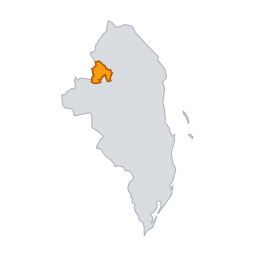 La Paz highlighted on a map of Honduras, rotated 86°
{"feature_id": "HND-649", "entity_name": "La Paz", "entity_type": "Department", "adm_level": 1, "iso_a3": "HND", "parent_name": "Honduras", "parent_adm1": "", "projection": "mercator", "projection_center": [-87.867, 14.132], "detail": "fine", "context": "in_parent", "style": "filled", "palette": "amber", "viewbox_px": 256, "rotation_deg": 86, "n_neighbors": 0, "source": "natural_earth", "source_scale": "10m", "svg_char_len": 4023}
<svg xmlns="http://www.w3.org/2000/svg" viewBox="0 0 256 256"><g transform="rotate(86 128 128)"><path d="M236.4,119.3L227.4,118.8L223.2,119.9L221.3,122.4L219.7,123.6L218.4,123.3L215.7,124.3L211.6,126.5L208.0,127.4L204.7,126.8L203.7,127.4L203.5,128.1L203.0,128.8L201.7,129.2L200.3,129.0L198.6,128.2L197.8,128.6L197.7,130.0L196.8,130.4L195.1,129.7L193.2,130.2L191.1,132.0L188.2,132.4L184.4,131.4L181.5,129.5L179.4,126.7L176.9,126.0L172.6,128.0L170.7,130.5L170.3,131.9L170.8,133.3L170.0,134.2L167.9,134.6L166.4,136.3L165.4,139.1L165.1,141.3L165.8,142.8L164.8,144.0L162.1,144.7L159.0,147.1L155.4,151.3L151.8,154.2L148.2,155.8L146.5,157.7L146.6,159.7L146.4,160.3L145.7,160.5L144.5,160.8L137.7,156.4L135.7,153.4L134.0,153.9L131.8,155.4L128.8,158.8L125.5,163.5L123.9,164.0L115.8,163.3L111.4,163.7L110.6,164.3L110.2,166.0L110.4,168.3L111.6,176.5L112.2,179.9L111.6,180.9L109.4,181.1L106.6,181.6L105.0,183.1L104.6,184.7L104.5,186.9L103.6,189.2L101.8,190.9L100.1,191.5L90.3,191.9L90.5,188.1L87.7,186.6L86.1,183.4L84.7,181.3L85.2,180.0L85.0,178.5L81.1,177.3L77.4,178.2L75.2,177.6L73.7,176.8L76.4,174.9L76.6,173.8L75.7,173.0L74.8,172.4L75.1,170.3L75.6,167.8L77.1,161.9L76.6,160.9L74.1,159.2L71.0,159.0L67.5,159.5L65.8,158.6L64.4,156.6L61.9,155.7L57.5,157.3L52.9,159.7L51.5,160.6L50.3,160.4L49.8,158.6L49.6,156.5L49.3,156.0L46.8,155.2L43.9,154.6L42.4,154.0L41.1,152.6L37.6,150.7L36.8,149.3L32.2,146.1L31.3,144.5L30.2,143.3L28.0,141.9L26.3,142.2L20.4,140.4L19.6,140.2L20.4,138.6L22.2,136.1L26.2,133.3L26.6,131.1L25.5,126.7L24.5,123.9L25.0,122.7L26.3,117.7L27.2,116.5L33.1,113.9L33.6,113.6L38.2,110.0L43.3,106.0L48.5,101.7L54.4,96.8L57.7,93.9L59.2,92.7L62.6,93.7L65.3,91.4L66.8,90.6L70.4,87.8L71.6,87.2L77.6,86.1L80.5,86.1L83.1,88.9L85.1,90.4L88.9,89.1L92.1,88.8L105.4,91.5L110.6,90.3L120.3,90.1L124.6,90.7L130.8,87.0L134.7,86.3L139.3,84.5L138.7,82.7L137.6,81.9L144.6,82.7L155.1,86.5L166.3,85.8L170.4,83.8L173.0,83.2L184.4,87.1L187.4,90.0L189.8,90.3L191.6,89.6L192.1,89.0L189.9,88.4L188.8,87.4L197.9,89.3L214.8,103.3L215.2,104.4L207.9,100.3L204.1,100.6L203.1,101.3L203.3,103.5L203.7,104.6L205.3,104.7L206.5,104.1L209.5,104.8L211.5,106.3L213.9,108.6L215.4,111.1L216.9,111.2L218.5,109.7L221.3,109.5L223.2,111.2L224.5,111.1L222.7,108.4L218.3,105.9L219.4,105.8L229.0,110.4L231.8,116.2L234.1,117.6L236.4,119.3ZM122.4,69.0L116.8,71.9L115.1,71.8L117.6,69.6L121.8,67.8L125.3,66.8L128.2,67.2L122.4,69.0ZM141.6,66.0L138.9,68.1L138.5,67.2L139.7,65.2L141.3,64.1L142.9,64.2L142.5,65.1L141.6,66.0Z" fill="#d9dde1" stroke="#a8b0b8" stroke-width="1"/><path d="M61.0,155.7L60.4,155.7L59.6,155.5L59.5,155.4L59.8,153.6L59.5,153.0L59.3,152.7L59.1,152.4L59.1,152.2L59.3,152.1L59.5,151.9L61.4,149.8L61.8,149.5L62.8,149.0L62.9,148.9L63.2,148.4L63.5,147.7L64.0,147.1L65.2,146.1L66.7,146.1L67.0,145.6L67.0,145.3L67.1,144.8L67.3,144.6L67.7,144.5L68.1,144.2L68.3,144.0L68.8,142.9L68.7,141.8L68.7,141.4L68.9,141.2L69.0,141.2L69.3,141.2L69.5,141.3L69.9,141.3L70.3,141.1L70.8,140.9L72.3,139.7L72.7,140.3L73.2,140.8L74.5,141.1L74.9,141.6L75.0,141.6L76.1,141.8L76.4,142.0L77.1,142.3L77.5,142.3L77.8,142.4L79.4,141.7L79.5,141.9L80.0,142.8L80.1,143.1L80.2,143.8L79.9,144.2L80.2,144.4L80.1,144.9L79.8,145.3L79.6,145.5L79.3,145.6L78.8,145.7L78.2,145.6L77.8,146.0L77.5,146.1L76.7,146.4L76.3,146.5L75.7,146.6L75.0,146.5L73.7,146.8L73.4,146.8L73.2,147.1L73.3,147.8L74.5,148.3L75.0,148.9L74.8,149.4L74.7,149.6L74.7,149.8L74.8,150.0L75.4,150.3L75.8,150.3L76.2,150.5L76.6,150.7L77.2,151.2L77.5,151.4L77.8,151.8L78.0,152.1L78.0,153.4L78.9,152.5L79.4,152.1L80.6,152.0L81.3,156.7L81.2,157.4L81.0,158.7L80.9,158.9L80.8,159.1L80.5,159.9L79.5,161.2L78.8,161.2L77.9,160.6L76.5,160.7L75.9,160.8L75.4,160.3L75.2,160.2L74.7,160.0L74.5,159.9L74.2,159.4L73.9,158.5L73.5,158.2L73.0,158.3L72.7,158.5L72.4,158.9L72.0,159.2L71.7,159.2L71.0,159.0L70.7,159.0L70.4,159.1L70.0,159.5L69.8,159.5L69.6,159.5L69.0,159.1L68.8,159.1L68.2,159.2L66.6,160.0L66.4,159.1L65.8,158.4L65.1,157.8L64.6,157.2L64.1,155.9L63.7,155.6L62.8,155.5L61.0,155.7Z" fill="#f59e0b" stroke="#b45309" stroke-width="1.5"/></g></svg>